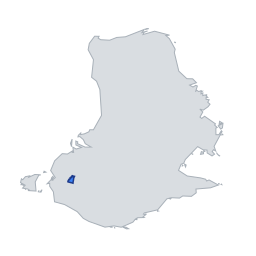 Edward River, New South Wales, Australia (highlighted), rotated 97°
{"feature_id": "25037944B16722839752740", "entity_name": "Edward River", "entity_type": "district", "adm_level": 2, "iso_a3": "AUS", "parent_name": "Australia", "parent_adm1": "New South Wales", "projection": "natural_earth1", "projection_center": [144.82, -35.234], "detail": "fine", "context": "in_parent", "style": "filled", "palette": "blue", "viewbox_px": 256, "rotation_deg": 97, "n_neighbors": 0, "source": "geoboundaries", "source_scale": "gbopen_adm2", "svg_char_len": 4735}
<svg xmlns="http://www.w3.org/2000/svg" viewBox="0 0 256 256"><g transform="rotate(97 128 128)"><path d="M177.3,38.8L180.3,53.1L184.0,52.4L188.1,56.7L188.8,65.4L191.3,68.4L191.9,76.6L193.6,80.8L205.6,88.6L210.3,101.5L211.6,102.2L211.9,99.9L214.4,102.2L214.9,101.1L215.9,107.6L217.4,109.5L220.8,111.6L227.3,122.6L226.9,130.0L229.2,138.8L225.5,155.4L223.1,161.4L217.2,168.2L211.7,181.7L210.2,191.9L200.4,194.3L195.4,198.6L192.4,199.0L193.2,201.5L188.5,197.9L189.2,197.0L188.9,196.1L188.0,196.1L186.4,197.6L185.2,196.7L187.2,195.2L186.1,194.1L179.6,199.6L169.5,196.8L161.5,190.2L161.2,184.9L157.4,180.2L159.0,180.4L158.9,179.0L153.7,180.4L155.2,176.9L153.0,171.8L151.2,177.6L147.3,178.2L147.9,176.2L149.7,176.2L152.2,168.2L151.4,162.2L148.8,168.5L145.0,170.9L142.4,174.7L142.9,176.6L141.3,176.4L138.7,174.3L140.3,174.2L139.1,170.5L136.5,166.3L134.4,165.8L134.0,162.1L118.7,155.8L93.3,160.6L85.4,164.9L82.1,170.3L64.4,170.6L55.2,177.1L48.7,176.7L41.0,172.3L40.5,167.9L42.4,168.6L43.7,165.9L43.1,156.9L39.5,150.2L37.8,141.7L28.2,123.9L31.6,125.8L29.3,120.4L30.9,123.6L33.4,124.5L28.7,113.4L30.8,98.1L31.6,101.7L34.3,97.8L44.0,90.8L47.5,91.2L65.4,84.5L71.9,75.6L71.3,69.8L74.7,65.6L77.9,72.1L79.4,68.5L77.4,65.9L77.9,64.3L83.9,65.4L82.0,64.8L83.2,62.2L82.0,60.0L85.2,59.7L84.0,58.0L86.7,57.7L85.7,55.3L87.9,52.6L88.1,54.2L90.0,54.0L90.1,50.9L92.7,52.0L94.4,49.5L97.2,51.2L101.1,55.5L100.5,59.0L103.0,55.7L108.4,57.9L109.5,56.0L107.0,53.4L113.2,41.7L114.5,42.4L116.6,39.5L117.4,40.8L123.9,39.9L123.6,37.0L119.3,35.0L120.0,34.2L135.7,40.3L140.2,38.1L139.1,40.4L141.1,41.6L143.4,38.9L145.5,41.2L143.1,46.4L140.3,46.9L140.5,50.7L138.0,56.6L152.3,67.3L156.2,68.4L157.5,70.9L163.9,72.7L168.4,63.4L168.7,49.8L169.4,44.7L171.0,43.5L169.7,41.2L173.6,31.4L177.3,38.8ZM185.2,210.6L192.8,213.5L201.8,211.6L202.3,219.7L201.7,218.3L200.8,220.0L200.5,225.3L197.3,223.1L195.3,228.0L191.4,227.6L192.2,226.2L188.8,223.9L187.5,219.8L189.0,220.5L185.5,214.8L185.2,210.6ZM111.9,34.3L116.4,34.3L117.8,35.8L114.8,38.7L111.9,34.3ZM145.8,182.1L153.4,181.8L150.2,183.2L145.8,182.1ZM144.4,49.9L145.3,52.8L142.5,52.3L142.9,50.2L144.4,49.9ZM226.9,121.3L226.7,118.0L227.9,115.2L228.3,117.2L226.9,121.3ZM199.7,205.8L202.2,206.5L202.3,207.6L199.7,205.8ZM111.4,35.2L113.1,38.0L110.2,37.9L111.4,35.2ZM182.5,206.3L181.1,206.0L181.8,204.1L182.5,206.3ZM159.7,66.1L158.4,66.9L157.0,67.4L157.6,65.8L159.7,66.1ZM28.2,123.1L27.0,121.5L26.8,120.0L27.0,119.9L28.2,123.1ZM201.7,208.7L202.7,209.5L200.8,208.8L201.7,208.7ZM216.9,108.0L217.9,108.0L217.9,109.5L216.9,108.0ZM192.2,76.4L193.4,77.3L193.2,77.8L192.2,76.4ZM197.2,226.0L197.3,227.3L196.4,226.9L197.2,226.0ZM228.5,131.2L228.5,133.1L228.4,133.0L228.5,131.2ZM123.4,34.2L122.6,33.4L123.1,33.0L123.4,34.2ZM144.4,34.3L143.3,35.8L144.6,33.2L144.4,34.3ZM228.7,129.0L228.1,129.6L228.5,129.0L228.7,129.0ZM146.3,61.0L145.7,61.3L146.0,60.6L146.3,61.0ZM142.2,49.8L141.4,50.0L141.8,49.0L142.2,49.8ZM37.6,90.9L37.4,92.1L37.0,92.0L37.6,90.9ZM172.3,30.7L172.3,31.7L172.0,31.0L172.3,30.7ZM188.0,196.6L188.2,197.2L187.9,197.0L188.0,196.6ZM143.0,36.2L141.6,37.2L143.1,35.9L143.0,36.2ZM85.8,53.9L85.2,54.6L85.6,53.8L85.8,53.9ZM197.8,225.0L197.3,225.3L197.6,224.8L197.8,225.0ZM159.1,69.5L158.3,69.5L158.7,68.9L159.1,69.5ZM82.9,59.1L82.5,59.5L82.4,58.6L82.9,59.1ZM201.4,222.3L200.8,222.7L201.0,221.9L201.4,222.3ZM172.8,28.0L172.7,28.7L172.3,28.4L172.8,28.0ZM187.6,197.4L188.3,198.0L187.2,197.8L187.6,197.4ZM207.0,88.6L206.5,88.6L206.7,87.8L207.0,88.6ZM211.4,99.8L211.1,99.8L211.3,99.1L211.4,99.8ZM185.6,209.6L185.4,210.1L185.2,209.5L185.6,209.6Z" fill="#d9dde1" stroke="#a8b0b8" stroke-width="1"/><path d="M188.9,180.1L189.0,179.7L189.1,178.5L189.1,178.4L189.2,178.2L189.2,177.6L189.3,176.9L189.5,175.9L187.5,175.9L186.8,175.8L186.7,175.8L186.4,175.8L184.7,175.8L183.6,175.6L183.2,175.5L183.1,175.4L182.5,175.2L182.4,176.1L182.5,176.1L182.4,177.0L182.2,177.1L182.3,177.1L182.2,177.2L182.1,177.3L182.2,177.5L182.2,177.4L182.2,177.5L182.3,177.5L182.5,177.7L182.8,177.7L182.9,177.8L182.9,177.7L182.9,177.8L182.9,177.7L182.9,177.8L183.0,177.8L183.3,177.9L183.5,177.9L183.6,178.0L183.6,177.9L183.7,178.0L183.8,178.0L183.8,178.3L184.0,178.3L184.1,178.5L184.1,178.4L184.1,178.5L184.1,178.4L184.1,178.5L184.3,178.5L184.5,178.7L184.5,178.8L184.6,178.7L184.7,178.8L184.8,178.9L184.9,179.0L184.9,178.9L184.9,179.0L185.0,179.1L185.3,179.2L185.3,179.3L185.5,179.4L185.7,179.5L185.8,179.5L186.0,179.6L186.1,179.8L186.1,180.2L186.6,180.2L186.6,180.3L186.6,180.2L186.6,180.3L186.8,180.4L186.8,180.5L186.8,180.4L186.8,180.5L187.0,180.5L187.2,180.8L187.3,180.8L187.5,180.9L187.8,180.9L188.0,180.9L188.0,181.0L188.3,181.0L188.5,181.1L188.7,180.9L188.8,180.9L188.8,180.7L188.9,180.4L188.9,180.1L188.9,180.1Z" fill="#3b82f6" stroke="#1e3a8a" stroke-width="1.5"/></g></svg>